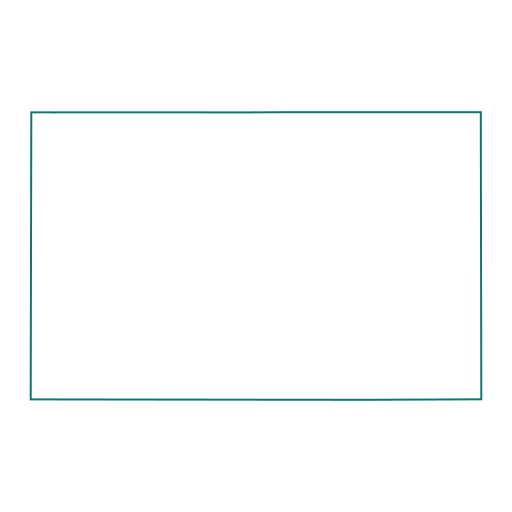 outline of Worth, Iowa, United States of America
{"feature_id": "52423323B83558123373656", "entity_name": "Worth", "entity_type": "district", "adm_level": 2, "iso_a3": "USA", "parent_name": "United States of America", "parent_adm1": "Iowa", "projection": "robinson", "projection_center": [-93.275, 43.377], "detail": "fine", "context": "isolated", "style": "outline", "palette": "teal", "viewbox_px": 512, "rotation_deg": 0, "n_neighbors": 0, "source": "geoboundaries", "source_scale": "gbopen_adm2", "svg_char_len": 336}
<svg xmlns="http://www.w3.org/2000/svg" viewBox="0 0 512 512"><path d="M480.8,112.2L480.7,112.2L457.1,112.2L343.1,112.2L286.4,112.2L245.6,112.4L124.7,112.3L96.7,112.3L58.6,112.3L54.6,112.4L45.9,112.3L39.9,112.3L31.3,112.3L30.7,399.4L256.5,399.7L369.5,399.8L481.3,399.3L480.8,112.2Z" fill="none" stroke="#0f766e" stroke-width="2"/></svg>